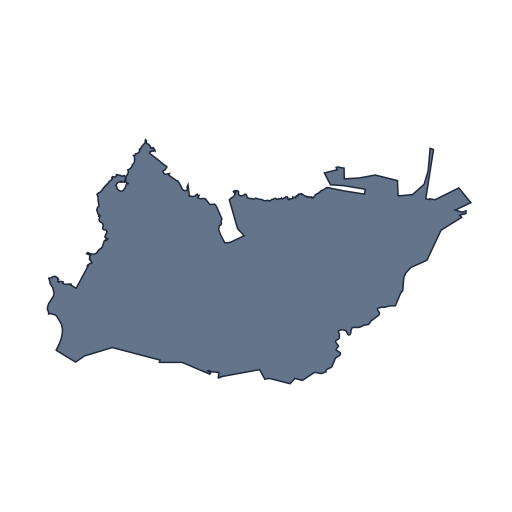 the district of Palizada, Campeche, Mexico, rotated 284°
{"feature_id": "50627088B79196396706593", "entity_name": "Palizada", "entity_type": "district", "adm_level": 2, "iso_a3": "MEX", "parent_name": "Mexico", "parent_adm1": "Campeche", "projection": "robinson", "projection_center": [-91.915, 18.262], "detail": "fine", "context": "isolated", "style": "filled", "palette": "slate", "viewbox_px": 512, "rotation_deg": 284, "n_neighbors": 0, "source": "geoboundaries", "source_scale": "gbopen_adm2", "svg_char_len": 6047}
<svg xmlns="http://www.w3.org/2000/svg" viewBox="0 0 512 512"><g transform="rotate(284 256 256)"><path d="M132.4,138.7L131.8,188.0L129.4,188.0L134.9,210.1L130.2,239.5L130.6,239.6L130.8,240.3L131.9,240.1L132.9,236.9L133.3,237.4L133.4,239.3L132.9,240.8L134.1,248.1L128.7,248.9L129.8,250.6L129.5,250.7L130.8,252.1L146.6,287.0L138.5,294.5L139.9,296.9L140.5,300.0L140.3,319.9L146.6,323.5L146.5,331.1L157.3,341.0L157.7,347.9L160.7,352.0L162.5,351.8L163.5,352.5L165.8,355.6L166.8,356.4L176.1,357.8L179.6,361.0L180.9,361.6L182.2,361.4L182.7,360.9L184.1,356.5L186.1,356.6L187.9,357.8L188.7,357.8L191.7,354.1L193.3,353.9L195.4,356.2L196.7,356.6L200.3,355.9L202.4,354.2L203.3,354.3L204.8,356.1L205.4,358.3L205.4,360.6L204.7,361.9L202.0,364.3L201.8,365.1L202.2,366.0L204.3,366.6L207.3,366.1L209.4,366.7L210.2,367.5L211.3,372.3L212.2,374.2L215.3,378.1L216.6,381.4L217.9,382.4L220.3,383.0L228.2,389.4L228.9,389.7L230.7,389.6L233.0,387.1L234.2,386.7L235.1,387.2L236.9,390.8L237.3,392.9L238.2,394.8L239.9,397.8L241.4,403.3L255.3,405.4L257.7,406.8L271.1,404.6L276.0,405.6L282.4,409.1L293.2,422.9L325.8,429.3L343.3,446.2L344.9,443.7L347.9,449.4L350.6,448.9L348.4,445.2L348.8,438.2L359.7,451.6L371.1,436.3L353.9,416.1L353.5,410.7L352.8,410.7L352.5,406.9L402.2,402.5L402.6,398.9L380.4,402.4L366.3,401.8L353.4,393.0L348.7,379.3L363.4,375.0L363.4,355.3L363.4,352.1L356.7,337.3L352.2,323.0L362.6,320.2L362.2,315.9L362.4,314.3L361.3,312.3L359.3,313.9L353.1,302.2L343.1,311.1L345.5,324.3L347.2,345.8L342.3,346.4L340.5,326.0L339.7,308.4L339.2,308.4L338.5,306.9L336.9,306.0L335.3,303.5L332.0,301.4L331.2,300.1L329.9,298.8L328.6,298.6L326.0,297.0L326.0,296.2L326.5,296.0L326.1,295.5L326.7,295.2L326.1,294.1L326.1,293.3L326.4,292.8L325.8,291.9L326.0,291.3L325.5,290.9L326.1,290.3L325.9,289.5L327.2,286.1L326.8,285.4L327.4,285.0L327.4,284.4L326.7,283.8L326.3,282.4L325.8,282.5L325.6,282.0L325.0,282.2L324.8,281.5L324.2,281.3L324.1,280.6L323.4,280.7L322.5,279.9L322.1,280.1L322.4,279.0L321.7,278.2L322.2,277.4L320.5,277.3L319.8,276.0L319.9,275.0L318.9,274.8L318.6,274.4L319.0,273.3L319.9,273.1L320.1,272.3L320.9,272.2L320.8,270.8L319.5,270.1L318.6,268.5L317.8,268.2L317.7,267.5L318.4,266.7L317.2,265.3L317.1,264.0L316.3,263.7L316.1,262.3L316.7,261.2L316.6,260.5L315.0,258.5L314.8,257.6L313.7,257.1L312.5,255.5L313.0,254.1L311.8,251.6L311.7,250.4L312.2,248.0L311.8,244.1L312.1,242.1L311.8,241.3L310.3,239.7L310.8,237.6L310.2,236.2L310.6,233.3L312.5,232.3L313.4,231.3L313.4,230.4L311.5,228.9L310.8,226.8L310.8,225.2L311.8,224.1L314.5,223.4L314.8,221.8L314.3,219.6L313.2,218.4L312.1,219.6L312.9,220.7L309.6,220.4L307.5,219.3L306.4,218.0L304.1,216.5L277.9,231.6L272.9,239.7L263.2,228.0L261.8,224.8L261.4,222.3L268.4,216.2L272.8,213.3L276.5,213.1L277.7,214.4L279.1,214.6L279.9,214.5L280.9,213.6L283.9,213.9L294.8,205.4L296.3,203.4L294.8,198.7L299.3,193.0L298.8,189.7L298.3,188.9L298.1,187.8L298.4,185.6L301.0,186.1L300.5,185.0L301.7,184.2L301.3,183.2L299.6,182.9L299.1,181.3L298.1,179.8L298.4,177.6L297.9,176.9L308.6,172.8L306.0,172.4L305.2,173.1L303.6,173.3L302.6,172.5L302.2,170.5L302.7,168.7L308.0,164.1L310.0,161.8L309.6,161.4L313.4,151.7L315.0,152.1L313.1,147.6L315.0,145.4L315.6,145.2L317.8,147.0L320.6,148.0L321.2,147.8L322.0,145.4L327.0,134.8L329.7,128.3L330.8,127.6L331.4,128.3L331.9,128.2L332.1,129.4L333.0,130.3L332.9,131.1L334.3,131.7L334.0,132.0L333.6,131.8L333.3,132.7L334.3,132.4L336.3,130.1L336.0,129.1L335.4,129.0L335.7,128.7L335.5,127.5L336.7,127.0L337.9,125.8L337.8,125.1L338.7,124.0L338.7,122.9L339.1,122.1L341.4,121.8L342.1,120.6L341.3,120.6L340.8,121.2L340.0,120.8L338.9,120.9L334.0,118.3L332.3,118.4L331.6,117.1L330.6,117.2L329.9,117.7L328.6,117.4L326.8,116.1L325.9,114.3L325.2,114.5L324.2,113.7L324.2,113.2L323.8,112.8L323.3,113.8L322.0,114.4L320.4,114.9L319.9,114.7L319.0,115.2L317.0,115.1L315.6,114.6L314.7,113.9L313.8,114.1L311.8,113.6L310.1,112.6L308.4,110.7L307.0,111.9L306.5,111.9L303.9,111.5L301.4,110.4L300.6,110.9L297.1,111.3L295.8,113.1L295.5,114.5L295.3,114.5L294.6,113.0L290.2,112.4L287.4,111.3L286.6,110.6L286.2,108.5L286.9,106.2L287.8,104.7L289.0,104.4L290.9,103.0L292.4,103.4L293.9,104.3L294.6,105.3L295.0,106.6L295.3,106.8L295.6,106.6L295.8,107.4L295.1,107.5L295.3,108.4L296.0,109.8L297.3,110.4L296.0,110.7L296.6,111.2L296.1,111.2L296.4,111.6L297.2,110.8L301.1,110.5L302.0,109.2L302.0,108.5L300.9,106.4L301.5,104.9L301.1,103.7L301.5,103.0L301.1,101.4L301.3,101.0L300.9,100.8L300.7,101.2L300.1,101.2L298.8,100.4L298.3,99.0L298.4,97.8L297.8,97.7L297.5,97.2L297.1,97.1L296.7,97.8L295.0,97.3L292.2,95.2L289.9,94.5L289.2,93.5L287.9,93.4L287.2,92.5L286.0,92.2L284.9,91.3L284.4,91.4L280.7,89.7L278.6,87.4L277.2,86.8L275.3,88.5L271.6,89.2L270.4,90.0L266.5,91.6L265.1,90.6L262.1,90.3L258.0,93.0L257.9,94.3L257.4,95.1L256.9,94.9L256.8,94.0L256.4,93.8L255.8,94.9L253.3,94.9L251.9,95.7L251.5,96.3L251.1,98.3L249.7,99.8L248.1,100.6L246.5,100.3L245.1,100.8L244.7,102.2L244.9,102.9L244.7,104.3L244.0,105.3L243.0,105.6L241.4,105.4L240.3,104.9L239.5,105.1L238.2,104.6L237.5,105.2L237.3,106.3L236.9,106.8L236.8,107.9L236.2,107.4L236.6,106.3L235.0,107.1L234.7,106.8L234.9,106.0L234.3,105.1L227.1,104.6L223.9,101.9L221.0,100.8L219.5,99.8L218.8,98.9L218.1,95.9L218.6,91.7L217.2,91.1L216.6,95.3L214.9,94.7L214.1,95.0L213.7,95.6L213.2,95.6L212.9,95.1L212.4,95.2L210.9,97.5L209.7,98.0L209.6,98.4L209.1,98.3L208.6,96.7L208.2,96.6L206.7,95.0L205.7,94.7L205.7,95.5L181.2,89.3L182.9,83.9L183.9,83.4L183.5,83.0L183.9,83.0L183.3,80.3L182.6,78.8L182.3,76.6L183.0,74.9L184.2,75.3L184.3,73.9L183.8,71.5L182.7,70.7L182.8,70.2L184.7,69.5L185.3,70.2L185.6,70.1L186.0,69.2L186.9,68.9L187.1,67.2L187.7,66.7L187.4,64.8L186.1,63.1L185.1,62.3L184.5,61.1L184.5,60.4L184.1,60.4L180.6,62.6L179.6,62.7L178.3,64.3L177.3,64.9L176.4,66.3L171.2,69.0L169.4,69.2L167.3,68.9L159.6,66.3L156.4,66.1L153.7,66.4L152.4,67.9L151.5,67.9L150.6,68.9L149.8,68.9L150.1,69.2L150.0,70.0L150.4,70.4L150.3,75.6L148.8,77.8L142.9,83.6L138.8,85.7L134.6,86.7L129.8,87.0L125.1,86.7L118.8,85.5L116.7,84.8L116.1,85.1L109.4,106.6L117.5,113.7L132.4,138.7Z" fill="#64748b" stroke="#1e293b" stroke-width="1.5"/></g></svg>